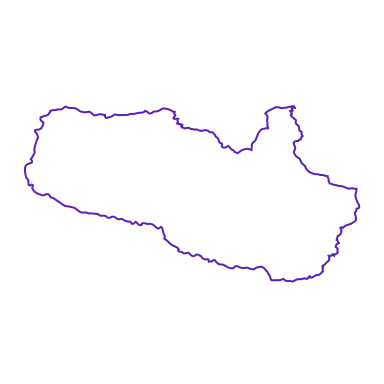 outline of La Peña, Cundinamarca, Colombia, rotated 91°
{"feature_id": "7082276B76802469415044", "entity_name": "La Peña", "entity_type": "district", "adm_level": 2, "iso_a3": "COL", "parent_name": "Colombia", "parent_adm1": "Cundinamarca", "projection": "natural_earth1", "projection_center": [-74.408, 5.202], "detail": "fine", "context": "isolated", "style": "outline", "palette": "violet", "viewbox_px": 384, "rotation_deg": 91, "n_neighbors": 0, "source": "geoboundaries", "source_scale": "gbopen_adm2", "svg_char_len": 5978}
<svg xmlns="http://www.w3.org/2000/svg" viewBox="0 0 384 384"><g transform="rotate(91 192 192)"><path d="M104.2,92.4L105.0,94.3L105.0,95.8L106.1,99.5L106.1,101.0L106.6,103.4L106.6,104.5L105.9,105.9L105.7,109.7L106.6,110.9L106.7,111.7L110.2,118.2L112.1,120.0L113.3,118.8L115.3,117.8L116.8,117.8L118.6,118.3L121.7,117.7L124.6,117.8L126.4,117.0L127.0,117.1L127.0,119.2L127.9,122.9L128.6,124.0L130.4,125.7L132.9,127.1L138.5,129.1L140.0,130.1L141.5,131.8L142.6,132.7L143.8,133.0L149.0,133.2L147.9,136.5L147.8,137.7L148.2,139.6L149.4,143.0L152.2,146.8L152.3,147.5L151.4,149.8L149.6,151.4L148.4,153.8L146.6,155.2L145.3,156.6L146.7,159.0L147.1,160.2L147.0,161.5L146.1,162.9L144.9,163.0L143.7,162.6L143.2,162.9L142.7,163.5L142.6,164.4L141.9,165.3L140.2,166.2L138.9,166.4L138.1,166.8L136.3,169.1L134.3,170.2L132.0,172.4L132.0,174.2L131.7,175.4L130.4,177.1L130.0,178.8L130.1,181.4L130.7,183.1L130.8,183.9L129.9,187.3L129.3,188.4L129.7,190.4L129.1,191.9L129.2,193.7L128.0,196.0L128.0,197.8L128.5,200.6L127.7,202.1L127.6,203.4L126.0,204.0L125.7,203.8L125.6,202.9L125.0,202.8L124.3,205.1L124.1,207.4L123.9,208.0L123.4,208.0L122.6,207.3L121.0,207.8L119.1,207.1L119.0,208.8L119.2,210.7L118.9,211.7L117.8,211.6L115.7,209.9L113.9,211.2L112.3,210.6L111.9,212.6L110.2,215.4L109.1,219.8L108.9,221.8L109.2,223.2L110.4,224.9L111.7,227.4L112.2,230.1L112.2,231.7L113.8,233.7L114.2,235.6L113.9,236.9L112.9,237.7L112.2,238.7L111.7,240.3L112.8,241.3L113.5,243.2L113.8,246.9L114.8,250.6L115.1,255.5L116.1,257.6L116.0,258.7L116.3,260.2L116.0,261.9L116.3,262.7L116.4,266.9L115.8,270.6L117.9,273.8L119.5,278.4L119.3,279.3L118.5,280.0L117.6,280.4L116.5,280.3L116.6,280.8L115.8,284.6L115.8,285.4L117.2,291.1L114.4,294.5L113.7,295.7L113.6,296.6L114.2,300.8L113.6,304.2L113.2,305.5L111.7,307.6L110.2,310.3L110.1,315.9L109.6,318.1L108.8,319.8L111.8,324.3L111.7,327.1L112.6,331.0L112.5,332.7L113.4,334.6L113.4,335.2L114.7,335.3L115.0,335.8L116.7,336.7L117.4,337.5L118.2,339.0L118.3,340.2L118.8,341.8L119.4,342.6L119.5,343.7L120.0,344.7L121.9,344.8L123.1,344.4L124.9,342.0L125.6,341.8L128.0,342.2L130.9,343.9L131.9,345.3L132.3,346.1L132.5,349.2L132.9,349.9L133.6,350.1L134.2,350.1L135.7,348.7L138.6,347.3L140.4,346.9L143.1,348.2L149.1,349.9L152.6,350.4L155.2,349.9L159.7,352.1L161.8,353.7L162.3,353.7L162.8,353.0L164.1,352.4L165.1,352.5L165.6,353.1L167.0,357.0L168.2,358.3L169.4,359.0L171.4,359.5L174.7,359.3L178.7,358.5L180.4,358.0L182.9,356.0L187.5,355.5L188.3,354.4L188.2,353.8L187.3,352.7L187.8,351.4L188.7,351.2L190.0,351.7L191.3,351.7L194.2,349.8L196.1,346.8L197.9,341.7L197.7,339.3L196.8,338.1L196.6,337.4L196.9,335.2L199.9,333.1L200.4,330.9L201.0,329.8L207.2,320.5L208.1,318.7L208.9,313.5L209.9,309.5L210.5,308.3L213.7,304.0L214.2,302.8L214.5,301.0L214.3,297.1L215.0,295.8L215.2,294.6L215.1,292.1L215.4,289.8L215.6,285.7L216.9,284.2L217.4,282.6L217.2,280.0L217.5,278.0L218.9,276.4L219.3,275.2L219.1,273.2L218.2,271.9L218.0,270.2L218.7,268.3L220.0,266.6L220.3,265.7L220.5,264.1L220.0,261.7L221.7,258.9L222.5,256.4L222.8,254.9L222.6,254.0L222.9,252.9L223.1,252.5L224.5,251.9L224.9,251.2L224.7,249.9L222.9,248.0L223.3,247.1L224.8,245.6L226.0,243.7L225.9,241.9L225.6,241.7L224.5,241.6L224.0,241.1L224.1,239.0L224.4,236.9L224.8,236.2L224.5,233.3L225.1,231.0L225.9,229.7L229.2,225.5L229.1,224.7L227.5,222.6L227.6,222.0L228.7,221.2L234.6,219.5L236.5,218.5L237.0,218.4L239.1,218.8L241.4,215.6L243.2,214.0L245.2,211.4L248.1,205.4L249.6,204.3L250.9,204.8L251.6,204.1L252.3,200.6L253.4,199.7L253.6,198.9L252.8,194.6L253.2,193.9L255.4,191.6L256.1,189.9L256.0,188.7L254.5,186.4L254.4,184.9L255.6,182.8L255.7,182.1L257.4,180.9L258.4,179.9L259.2,177.6L258.9,175.3L259.2,174.4L259.9,174.1L260.9,174.2L261.4,174.0L261.0,171.2L259.7,169.3L259.7,168.3L260.0,167.6L261.5,166.7L263.4,164.4L263.8,163.2L264.2,159.3L266.6,154.9L267.6,152.1L267.6,149.9L267.1,149.0L265.4,147.3L265.4,146.2L265.7,144.6L266.5,142.9L267.2,140.4L266.7,135.2L267.9,132.0L268.3,128.9L266.5,126.3L265.7,123.2L265.5,121.0L267.2,118.2L268.8,117.0L270.0,115.6L275.3,112.4L278.1,111.7L278.7,111.0L278.9,110.2L278.6,102.6L277.3,99.1L279.0,97.0L279.3,96.1L279.4,94.4L279.1,92.4L279.8,90.0L279.4,88.9L277.4,85.3L277.6,84.5L277.1,83.4L277.4,81.9L277.0,80.2L276.7,79.6L276.6,78.3L276.3,77.9L276.7,77.0L276.8,75.3L276.3,74.8L275.0,74.1L274.2,72.9L274.3,72.5L275.3,71.7L275.4,71.8L275.4,70.5L273.0,66.5L272.8,65.7L273.0,64.8L272.7,63.5L271.6,62.4L270.8,61.2L269.7,60.8L269.2,59.8L266.3,60.1L265.9,59.9L265.2,60.2L264.7,59.6L263.7,60.3L262.2,58.1L257.7,53.7L256.8,53.6L255.8,53.9L254.9,53.3L253.4,54.2L253.2,51.3L251.9,50.4L253.0,49.3L253.3,48.7L251.7,48.5L251.6,47.1L250.0,45.3L248.3,45.6L246.5,45.3L245.7,45.7L244.5,47.3L243.8,47.4L242.5,46.7L241.8,46.6L240.5,44.2L239.0,45.4L237.6,45.9L237.4,46.5L233.3,45.5L232.9,44.1L231.2,42.6L230.0,42.1L228.8,42.3L228.0,41.8L227.3,41.8L226.0,42.8L225.3,43.0L224.6,42.2L225.1,40.0L224.1,39.4L223.1,38.2L220.8,32.1L218.3,28.5L216.9,27.5L215.9,27.4L215.3,27.8L213.1,27.9L212.0,28.5L210.1,28.9L208.2,27.6L205.8,27.1L205.4,25.3L205.0,24.9L204.1,24.5L203.0,24.7L201.7,25.0L198.8,26.7L194.1,28.4L191.8,28.6L189.0,27.8L185.9,27.6L185.9,29.7L185.4,31.8L186.0,35.2L183.5,42.5L183.4,45.2L182.5,48.8L182.1,51.4L181.5,52.3L181.2,54.1L180.6,54.8L178.7,55.5L176.2,55.8L174.9,56.5L173.8,56.6L173.4,59.4L173.0,60.2L172.7,61.8L172.8,64.1L172.0,66.3L172.1,68.5L171.4,71.8L170.3,74.3L169.6,75.5L167.7,77.5L165.4,79.0L164.1,79.4L161.6,82.5L159.6,83.7L157.2,84.7L156.6,85.2L154.7,88.3L151.9,90.4L151.3,90.7L149.6,90.7L147.3,89.7L146.1,89.5L142.0,91.0L140.5,91.1L139.7,90.1L139.2,88.0L139.2,86.6L138.0,86.2L137.4,84.0L134.8,83.5L134.5,83.2L134.4,82.4L134.1,82.3L131.8,83.6L129.8,83.6L129.0,85.3L128.3,85.8L126.6,85.9L124.2,86.6L122.5,88.5L121.4,89.4L120.6,89.5L118.4,89.3L116.5,91.4L115.3,93.2L113.6,94.6L113.1,94.6L112.2,93.5L111.6,93.4L109.6,95.1L109.2,95.2L109.0,94.8L109.2,93.1L109.0,92.8L108.5,92.8L107.4,93.6L106.5,93.6L106.0,93.3L105.7,92.5L106.2,91.1L106.2,90.6L105.5,90.8L104.2,92.4Z" fill="none" stroke="#5b21b6" stroke-width="2"/></g></svg>